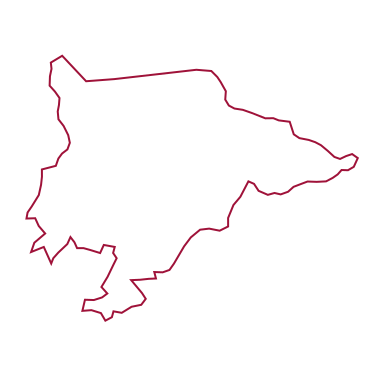 Aratuba, Ceará, Brazil (Mercator projection), rotated 272°
{"feature_id": "56859067B93489736245944", "entity_name": "Aratuba", "entity_type": "district", "adm_level": 2, "iso_a3": "BRA", "parent_name": "Brazil", "parent_adm1": "Ceará", "projection": "mercator", "projection_center": [-39.036, -4.434], "detail": "fine", "context": "isolated", "style": "outline", "palette": "rose", "viewbox_px": 384, "rotation_deg": 272, "n_neighbors": 0, "source": "geoboundaries", "source_scale": "gbopen_adm2", "svg_char_len": 1617}
<svg xmlns="http://www.w3.org/2000/svg" viewBox="0 0 384 384"><g transform="rotate(272 192 192)"><path d="M323.6,57.5L316.4,46.4L310.2,47.3L302.7,46.0L293.3,46.0L287.6,51.5L281.3,56.3L274.3,56.0L267.8,55.0L260.0,56.0L253.5,61.4L244.5,66.3L236.9,68.2L230.2,66.0L225.9,60.8L220.8,57.3L213.4,55.0L209.3,41.2L202.0,41.5L193.9,40.9L183.6,39.0L171.9,32.3L165.8,28.4L159.7,27.5L160.3,36.2L152.7,40.0L145.4,46.7L135.8,36.2L126.4,33.3L131.9,45.8L115.6,53.8L121.0,55.7L126.8,60.5L135.6,69.2L142.7,72.1L137.6,76.3L131.9,79.1L132.1,85.6L130.5,92.3L127.8,102.3L136.0,105.7L134.4,116.7L128.3,115.3L123.2,119.0L115.9,115.7L104.3,110.6L93.9,104.8L87.6,110.9L83.5,105.8L80.6,97.7L80.6,88.8L69.4,86.6L70.4,95.6L67.8,105.2L60.4,109.9L64.1,116.3L70.0,117.7L68.8,126.0L75.2,135.6L77.5,145.2L83.6,149.5L89.2,145.6L101.8,134.3L102.5,143.3L103.7,151.7L104.3,159.0L110.7,157.1L110.7,165.5L113.3,172.2L119.7,176.4L137.4,186.0L146.6,192.4L154.6,201.4L156.0,210.4L154.3,221.0L158.8,229.3L167.3,229.0L180.5,233.9L188.9,240.5L204.6,248.0L202.3,253.7L195.5,258.5L191.8,267.9L193.9,274.5L192.7,280.7L195.6,288.0L200.7,293.3L203.5,299.9L206.5,307.1L206.5,316.3L207.3,325.6L211.0,332.1L214.7,337.0L219.2,340.7L219.2,347.1L222.8,352.8L231.7,356.5L235.5,350.7L233.3,344.8L230.2,338.8L232.0,333.1L237.8,326.3L243.3,319.2L246.1,313.4L248.1,306.9L249.6,297.4L253.2,291.7L265.6,287.2L266.6,276.2L268.6,270.7L268.2,262.7L273.1,248.9L275.9,239.9L276.9,231.5L279.7,225.8L285.5,222.0L293.9,222.3L302.9,216.8L307.8,213.3L313.6,207.1L314.3,192.1L310.5,166.7L305.3,131.8L302.1,110.3L299.0,82.3L323.6,57.5Z" fill="none" stroke="#9f1239" stroke-width="2"/></g></svg>